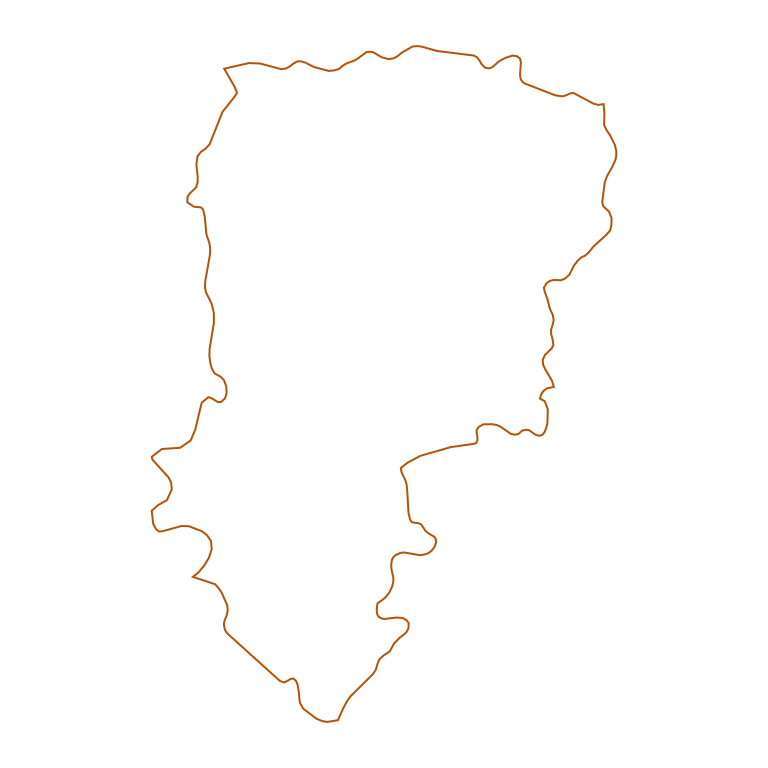 the Metropolitan department of Aisne
{"feature_id": "FRA-5263", "entity_name": "Aisne", "entity_type": "Metropolitan department", "adm_level": 1, "iso_a3": "FRA", "parent_name": "France", "parent_adm1": "", "projection": "albers", "projection_center": [3.618, 49.454], "detail": "fine", "context": "isolated", "style": "outline", "palette": "amber", "viewbox_px": 768, "rotation_deg": 0, "n_neighbors": 0, "source": "natural_earth", "source_scale": "10m", "svg_char_len": 3678}
<svg xmlns="http://www.w3.org/2000/svg" viewBox="0 0 768 768"><path d="M573.3,92.9L593.4,103.6L598.3,104.9L603.6,104.1L604.4,113.2L604.1,125.1L606.8,130.5L610.2,135.5L614.9,145.0L616.3,150.9L616.2,156.1L615.5,159.7L612.4,166.6L606.9,176.4L604.7,182.6L602.2,202.3L603.2,206.1L609.0,211.6L611.5,217.9L611.4,225.4L610.0,230.6L606.5,234.6L593.6,246.4L588.1,253.1L585.0,255.7L581.5,257.3L577.8,260.6L574.0,265.5L569.4,274.7L565.1,278.5L561.0,280.2L553.6,280.0L549.9,280.9L546.6,283.2L543.9,287.7L544.7,291.6L547.6,299.6L549.4,307.1L550.8,310.9L552.7,314.7L553.7,320.1L552.7,324.6L551.0,329.9L551.2,334.4L552.6,339.3L553.4,345.1L551.5,348.7L545.0,354.8L542.7,359.9L543.1,364.7L545.1,369.1L551.9,380.6L553.8,386.9L546.6,388.5L543.4,391.0L541.3,394.2L539.9,398.5L544.8,401.3L547.8,409.3L547.4,423.4L546.4,427.2L544.7,431.9L542.7,434.6L539.5,435.8L535.8,434.9L529.0,430.2L526.4,429.8L522.1,430.6L518.4,434.0L514.6,434.7L510.9,433.9L500.6,426.7L496.8,425.0L492.2,424.2L483.5,424.3L479.0,426.7L476.7,429.8L476.7,433.2L477.4,436.9L477.4,440.4L476.2,443.1L473.4,443.9L450.8,447.1L420.2,455.9L407.5,462.7L400.9,468.0L401.5,472.1L405.4,480.3L406.6,484.6L407.1,488.8L408.5,512.6L409.3,516.4L410.1,519.7L411.7,522.1L414.8,522.8L418.0,523.1L421.0,524.3L423.1,527.2L425.2,530.6L428.2,533.2L434.3,536.8L435.7,539.0L436.1,542.1L434.5,547.2L431.5,550.8L427.8,553.5L424.0,554.6L420.1,555.2L404.4,552.5L400.6,552.8L395.8,555.0L393.5,557.0L392.0,559.6L391.4,562.9L391.2,566.3L391.6,570.0L393.3,577.5L393.3,581.7L392.2,586.4L389.3,592.5L385.8,597.0L383.0,599.5L377.7,603.1L377.0,606.2L376.8,609.2L376.8,611.9L377.1,613.7L378.1,616.2L380.7,618.1L384.2,619.0L396.1,617.6L399.9,617.7L403.5,618.3L406.5,620.2L408.7,623.1L408.5,628.1L406.7,631.8L403.7,634.8L400.3,637.2L394.1,643.4L389.9,651.2L383.3,655.7L379.2,659.6L377.6,663.6L376.0,669.2L373.2,673.8L350.3,696.5L347.1,701.1L343.2,708.4L337.9,720.2L327.5,721.9L322.2,721.1L316.2,718.6L303.2,708.6L300.1,703.2L299.4,699.4L298.9,692.6L297.4,684.0L296.0,680.9L293.5,678.5L290.5,679.0L284.5,682.5L280.1,681.1L227.7,633.8L225.2,630.5L224.0,625.6L224.0,623.0L224.9,619.7L226.5,616.1L227.7,610.6L227.2,605.2L221.7,592.7L218.2,587.7L215.2,584.3L192.9,576.9L198.2,572.7L203.9,566.0L208.9,557.8L211.7,549.2L211.0,541.1L207.0,535.2L201.6,531.1L188.8,526.2L181.6,526.0L162.2,531.3L158.8,531.4L156.0,529.2L153.2,523.8L151.7,510.7L158.2,505.0L166.9,500.1L171.8,489.4L171.1,482.5L168.6,477.5L152.4,459.6L151.8,456.7L161.9,449.0L180.0,447.8L190.6,440.6L195.2,429.8L201.7,402.7L208.4,397.2L211.6,398.2L217.7,402.0L221.2,401.9L225.1,398.3L226.7,392.6L226.2,386.1L223.9,380.1L220.7,376.8L214.6,373.4L211.8,368.4L210.1,362.1L209.4,355.6L209.6,349.0L213.9,322.8L213.8,312.9L211.6,303.5L205.9,292.2L205.0,287.2L205.2,281.6L210.1,253.8L210.2,247.8L209.3,242.9L206.4,234.4L204.7,216.0L203.0,209.4L201.0,207.4L193.9,206.7L187.3,202.3L187.5,196.8L189.9,193.3L196.1,187.4L197.6,182.4L197.7,176.6L196.4,164.5L197.5,156.3L200.9,151.9L205.4,148.8L209.6,144.3L222.6,111.7L235.0,96.2L237.0,92.8L234.7,86.9L224.2,68.7L248.9,63.1L260.1,63.5L281.2,69.2L286.2,68.4L290.3,66.1L293.5,63.5L297.6,61.3L301.4,61.4L305.4,62.7L314.0,67.0L328.6,70.9L334.3,70.4L339.1,68.9L342.0,66.3L345.1,64.2L347.4,63.1L353.2,61.0L356.6,59.4L366.6,52.0L370.1,51.7L373.3,52.3L381.8,57.3L388.6,59.1L393.4,58.4L397.9,56.0L402.0,52.5L412.6,46.5L417.5,46.1L421.6,46.6L437.1,51.0L473.7,55.5L477.0,57.3L479.5,60.5L481.6,64.3L485.2,67.7L488.7,68.4L492.2,67.3L498.0,62.2L500.8,60.3L505.4,57.9L512.4,55.6L517.0,56.2L520.0,58.6L520.9,62.2L520.1,73.8L520.3,77.2L520.7,78.9L521.3,80.2L522.8,82.2L525.0,83.6L555.2,95.3L561.7,96.3L564.4,95.9L568.2,94.4L569.8,93.5L573.3,92.9Z" fill="none" stroke="#b45309" stroke-width="2"/></svg>